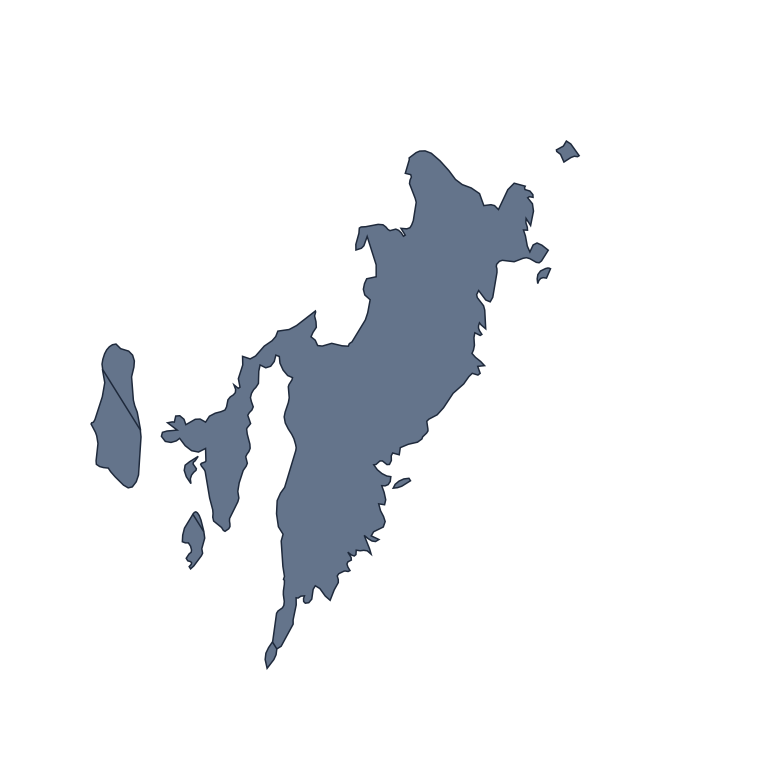 outline of Northern, rotated 148°
{"feature_id": "FJI-2619", "entity_name": "Northern", "entity_type": "Division", "adm_level": 1, "iso_a3": "FJI", "parent_name": "Fiji", "parent_adm1": "", "projection": "equal_earth", "projection_center": [179.45, -16.564], "detail": "fine", "context": "isolated", "style": "filled", "palette": "slate", "viewbox_px": 768, "rotation_deg": 148, "n_neighbors": 0, "source": "natural_earth", "source_scale": "10m", "svg_char_len": 6177}
<svg xmlns="http://www.w3.org/2000/svg" viewBox="0 0 768 768"><g transform="rotate(148 384 384)"><path d="M615.3,224.1L596.6,246.5L594.1,247.7L588.8,248.0L586.3,249.3L583.8,252.4L581.0,258.7L579.0,261.8L574.7,266.9L572.5,270.2L572.8,271.6L570.4,273.5L566.4,282.9L554.4,305.3L549.2,310.1L549.2,318.9L543.9,330.9L536.4,341.7L529.6,346.3L523.0,349.0L494.1,374.3L492.2,376.5L491.0,379.6L489.4,385.3L488.9,390.2L489.0,396.6L488.4,403.2L486.1,409.0L482.7,412.6L474.9,419.0L471.7,422.5L466.6,432.4L464.8,433.9L459.8,436.3L458.2,437.9L461.2,442.2L462.2,449.2L461.2,456.8L458.2,462.8L460.4,465.8L465.2,461.2L470.7,459.1L475.7,460.4L479.0,465.8L483.4,461.2L490.2,451.0L494.5,449.0L497.5,448.3L501.3,446.3L504.5,443.2L505.8,439.3L507.0,433.9L509.9,431.9L513.3,431.1L516.1,429.7L518.1,421.1L523.1,419.4L524.3,418.7L526.5,414.0L529.6,404.1L531.6,400.4L534.4,398.3L537.4,397.1L539.8,395.6L541.9,389.2L544.5,387.3L549.2,385.3L559.2,376.9L564.9,370.4L567.5,364.2L570.3,361.6L586.2,351.8L587.7,349.6L588.8,347.0L590.2,344.7L592.4,343.5L596.9,343.3L597.8,345.0L597.8,348.4L601.1,358.0L599.8,361.8L597.6,364.8L595.9,368.1L592.3,379.7L582.0,404.6L581.8,406.5L582.3,411.3L582.0,413.1L580.8,413.5L577.1,412.7L575.8,413.1L569.5,423.9L577.4,424.6L582.5,429.4L585.3,437.0L586.1,446.2L590.2,445.8L595.6,447.3L599.9,451.2L600.5,457.6L597.5,460.4L592.9,459.1L583.8,454.5L588.1,465.8L583.7,464.1L582.0,462.8L577.6,467.2L574.0,465.3L572.3,460.1L573.6,454.5L562.8,454.1L558.5,451.7L555.5,446.2L549.1,449.2L542.6,448.7L536.9,446.9L532.7,446.2L529.7,448.0L524.7,453.3L521.2,454.5L517.5,454.6L514.6,455.5L512.7,458.0L511.7,462.8L509.9,457.6L507.8,457.6L504.7,465.7L493.7,475.0L489.3,482.4L484.2,476.2L478.1,475.8L465.5,479.6L456.0,480.0L450.7,481.6L446.0,485.1L435.6,480.5L427.2,479.9L403.5,482.3L403.8,481.3L406.8,478.5L408.7,472.8L411.4,467.9L416.9,465.4L420.9,462.7L419.1,457.6L419.9,451.8L416.3,448.9L406.8,446.2L399.3,438.6L394.3,435.0L392.0,436.6L388.8,436.7L365.9,448.2L360.1,453.0L351.1,462.8L353.1,469.7L351.3,475.3L347.3,479.5L342.9,482.4L333.8,479.1L327.5,489.2L320.1,518.0L327.8,511.9L331.2,511.1L336.8,512.5L333.9,517.3L325.4,525.1L322.3,529.3L320.2,529.3L316.2,527.1L304.4,522.5L300.5,519.6L299.2,516.2L298.8,513.1L297.7,510.9L291.9,509.1L290.2,506.6L289.3,503.1L289.2,499.0L287.1,499.0L287.1,507.0L282.4,503.5L279.2,502.8L276.3,504.2L272.6,507.0L260.4,521.0L259.2,524.8L256.2,540.4L253.9,543.1L251.1,545.0L250.4,547.4L254.3,551.4L243.7,560.8L242.9,562.4L234.2,563.2L230.3,562.6L225.6,559.9L221.6,554.6L218.2,543.5L215.9,530.5L215.0,519.6L212.0,511.7L206.1,504.0L202.1,494.8L204.8,482.4L198.3,479.4L195.7,476.7L194.5,471.3L176.0,483.2L167.2,485.3L159.4,476.9L160.8,476.0L161.4,474.2L158.0,470.3L157.4,465.7L158.7,463.3L161.4,465.8L163.5,465.8L162.6,458.2L165.6,451.4L175.7,440.7L175.8,449.0L178.2,445.6L179.4,441.0L180.8,438.4L184.1,440.7L185.6,434.6L189.4,425.0L190.3,418.7L183.8,422.9L179.5,422.5L176.5,418.0L173.8,410.4L185.2,404.9L188.2,404.6L190.4,406.5L193.9,413.0L196.2,415.6L199.4,416.9L208.8,418.7L218.1,426.2L221.1,426.9L225.1,425.8L226.5,424.1L227.2,421.8L229.1,418.7L245.8,399.9L250.4,397.4L253.2,401.3L254.2,413.1L258.1,410.7L259.1,407.8L258.1,397.6L259.4,393.3L268.5,376.9L270.3,382.6L270.6,385.3L273.0,383.3L274.3,381.2L274.8,378.4L274.7,374.2L276.7,374.2L279.8,379.3L283.2,375.6L286.8,368.9L290.1,365.4L293.2,363.3L292.3,358.1L290.1,351.9L289.0,346.3L295.2,349.3L296.8,342.1L299.6,341.8L303.5,346.3L308.1,345.3L316.4,341.8L330.3,339.5L346.1,332.3L355.2,329.7L364.5,330.4L367.5,329.7L370.6,322.6L371.6,320.9L373.9,319.8L379.2,318.7L381.0,317.3L386.4,316.9L395.3,320.0L403.9,321.4L408.6,315.9L413.2,320.9L415.9,319.3L418.3,315.2L422.0,312.9L424.2,314.1L426.1,319.6L428.3,320.9L433.4,320.0L435.5,320.9L435.1,314.8L433.2,309.1L430.4,304.5L427.3,301.8L430.4,298.0L433.8,296.5L437.0,297.0L439.8,299.0L441.3,292.1L443.9,284.9L447.5,281.3L452.0,285.2L454.1,278.3L454.6,271.9L455.9,266.7L460.4,263.1L471.1,264.2L475.3,262.0L470.7,254.8L474.7,254.9L477.4,257.2L479.4,261.2L481.0,266.1L483.6,251.8L485.1,246.5L486.6,251.4L489.3,253.7L492.6,255.2L495.6,257.8L498.2,254.2L500.4,253.9L502.2,256.2L503.8,260.6L503.8,254.3L505.0,252.0L508.9,252.3L510.8,251.0L511.6,248.0L511.7,243.8L513.8,244.0L516.0,246.0L517.2,246.5L522.9,247.1L525.4,246.0L526.4,242.4L528.0,239.8L535.3,235.8L544.3,229.1L546.2,235.3L546.8,244.5L549.2,249.3L552.9,247.4L559.3,239.8L563.7,238.4L566.9,239.8L567.4,242.1L566.0,244.6L563.7,246.5L566.9,248.1L570.3,248.0L571.8,249.3L575.5,243.2L586.1,232.1L588.3,228.5L610.2,216.1L615.3,216.1L615.3,224.1ZM615.0,474.2L618.1,467.9L640.4,436.9L645.9,432.4L652.0,430.1L656.0,431.5L658.5,436.3L661.2,447.7L662.3,454.5L662.4,458.8L666.2,461.8L668.9,464.7L670.5,468.3L668.9,471.4L658.1,485.1L655.1,492.3L654.3,495.9L653.6,505.3L652.5,506.0L650.6,505.6L648.0,507.0L629.7,522.4L620.1,533.1L614.9,545.9L615.0,474.2ZM614.9,545.3L612.6,550.3L609.3,554.0L604.9,557.7L601.1,559.9L597.2,561.1L593.5,561.2L590.1,559.9L588.6,553.5L583.1,547.2L581.9,541.7L583.5,535.8L587.1,530.9L594.3,523.8L605.1,503.1L606.9,497.6L608.2,490.9L615.0,473.6L614.9,545.3ZM615.1,354.1L617.7,348.3L625.8,340.9L627.5,336.6L629.9,335.1L641.7,330.5L646.0,329.7L646.0,332.4L643.1,333.2L641.9,334.3L642.2,335.9L644.1,338.0L644.1,341.0L639.3,343.2L636.7,343.5L635.2,345.2L634.0,349.0L634.1,352.9L636.7,354.6L638.6,357.1L634.8,362.5L629.6,367.5L615.1,374.8L615.1,354.1ZM113.8,476.9L112.6,485.2L114.3,489.7L113.7,491.2L105.8,490.7L100.6,493.4L98.4,488.6L97.5,474.2L99.4,474.2L101.9,476.3L105.5,477.0L113.8,476.9ZM615.3,216.1L619.0,211.6L623.4,208.7L633.8,204.8L630.8,213.3L626.8,218.3L621.6,221.6L615.3,224.4L615.3,216.1ZM590.2,421.1L579.9,421.1L585.0,418.9L587.1,418.7L588.3,417.3L588.0,411.6L589.2,410.4L592.0,410.0L595.4,408.8L598.5,406.2L600.5,401.8L600.8,410.1L599.2,416.6L595.7,420.5L590.2,421.1ZM190.1,387.7L192.7,389.9L195.2,390.5L197.8,389.7L200.4,387.7L198.4,392.0L195.5,395.3L191.4,396.9L185.8,396.3L183.7,395.6L182.7,394.9L181.7,393.5L190.1,387.7ZM423.1,287.9L427.4,288.9L431.4,290.8L427.7,293.0L422.8,293.7L417.5,293.0L412.8,290.8L412.8,287.9L423.1,287.9ZM615.1,374.9L612.9,375.6L611.3,375.3L610.5,373.6L610.4,370.4L611.3,365.6L615.1,353.9L615.1,374.9Z" fill="#64748b" stroke="#1e293b" stroke-width="1.5"/></g></svg>